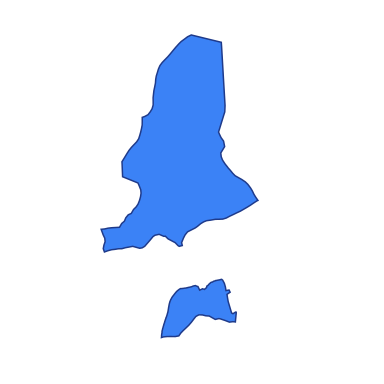 Al Mahabishah, Hajjah, Yemen (Mercator projection), rotated 237°
{"feature_id": "15242507B79718880947555", "entity_name": "Al Mahabishah", "entity_type": "district", "adm_level": 2, "iso_a3": "YEM", "parent_name": "Yemen", "parent_adm1": "Hajjah", "projection": "mercator", "projection_center": [43.424, 15.924], "detail": "fine", "context": "isolated", "style": "filled", "palette": "blue", "viewbox_px": 384, "rotation_deg": 237, "n_neighbors": 0, "source": "geoboundaries", "source_scale": "gbopen_adm2", "svg_char_len": 4406}
<svg xmlns="http://www.w3.org/2000/svg" viewBox="0 0 384 384"><g transform="rotate(237 192 192)"><path d="M149.0,242.7L149.4,242.7L153.0,242.6L156.5,242.7L160.0,243.2L163.5,243.3L168.0,243.0L171.5,242.2L175.5,240.5L178.9,238.7L182.2,237.0L185.7,236.3L189.6,235.9L192.7,235.4L193.3,235.4L197.7,235.0L200.3,235.0L202.1,235.0L205.6,235.7L209.1,237.4L209.2,237.7L212.3,244.1L217.5,246.2L221.9,246.0L225.6,246.5L227.8,246.9L239.6,261.0L241.3,263.1L246.5,266.8L266.4,278.1L298.0,296.1L301.6,298.1L324.1,276.9L324.6,272.8L324.3,268.6L324.1,264.9L323.4,261.6L322.2,257.1L320.9,252.9L319.6,248.8L318.6,245.4L317.7,241.3L316.8,237.5L315.5,234.0L313.4,230.8L311.1,228.1L308.7,225.2L306.1,222.8L303.3,220.7L300.6,218.1L297.7,215.2L294.9,212.9L292.2,210.7L289.0,208.7L286.1,206.8L283.5,203.8L282.0,200.7L280.8,197.3L280.8,197.0L281.1,193.4L281.7,190.9L281.3,190.7L280.3,190.0L278.4,188.8L275.3,186.7L272.6,184.1L270.2,181.6L267.9,179.0L265.7,176.3L264.2,172.9L263.3,169.1L262.4,165.4L261.2,161.8L259.6,158.3L258.1,155.2L255.5,149.7L254.2,149.0L242.6,142.1L229.0,151.6L225.4,151.0L225.1,150.9L223.1,150.5L221.7,150.2L218.7,148.6L216.0,146.2L214.5,144.5L213.3,143.1L211.2,140.1L209.9,137.0L209.2,133.5L207.1,129.4L207.6,126.1L206.4,122.4L204.4,119.5L204.2,118.5L203.9,115.9L201.9,112.0L205.7,105.3L207.4,101.9L208.6,98.6L210.2,95.5L204.6,94.2L202.5,93.9L200.8,93.7L197.7,92.1L195.4,89.2L192.8,86.7L189.4,85.9L188.6,89.3L187.5,92.8L187.2,93.5L185.9,96.1L184.5,99.3L182.6,102.4L181.9,104.7L181.6,105.7L180.1,109.3L178.7,112.7L176.0,115.1L175.2,115.8L173.3,117.5L172.3,119.8L172.2,122.8L174.2,129.7L174.3,130.1L175.3,133.3L175.8,134.8L175.9,137.4L174.4,141.4L170.2,144.2L169.4,145.6L167.9,145.9L165.7,146.4L158.7,150.3L155.6,150.9L154.6,151.1L153.4,151.7L152.4,154.7L155.2,155.7L158.1,159.9L159.8,162.9L160.9,166.2L161.0,166.7L160.4,172.3L160.1,175.0L160.2,177.8L160.7,182.0L160.6,185.5L160.1,188.1L160.0,188.6L158.2,192.4L156.4,196.7L154.5,199.7L152.5,203.1L151.5,206.6L151.2,210.2L150.6,214.5L150.2,217.9L149.6,222.0L149.4,225.8L149.2,229.9L149.1,233.7L149.2,237.7L149.2,241.6L149.0,242.7ZM59.4,157.6L66.7,163.4L67.2,163.6L67.6,163.1L67.6,160.1L69.0,159.3L80.5,162.7L84.0,164.2L87.1,165.6L87.2,169.4L89.6,169.7L90.8,166.8L94.2,168.3L97.8,169.4L101.3,169.7L102.6,169.3L102.7,169.0L102.9,168.5L103.1,168.1L103.1,167.6L103.5,166.9L103.6,166.5L103.8,166.1L104.0,165.6L104.2,165.1L104.4,164.6L104.5,164.2L104.8,163.9L104.8,163.6L104.9,163.1L105.0,162.6L105.2,162.0L105.4,161.4L105.3,160.2L105.8,159.0L105.8,158.3L105.8,157.9L105.6,157.6L105.6,156.8L105.5,156.3L105.4,155.9L105.2,155.2L105.0,154.7L105.0,153.2L103.9,152.1L103.8,151.5L103.8,150.9L103.5,149.4L104.2,149.0L104.4,148.7L104.8,148.2L105.1,148.1L105.5,145.0L109.5,145.5L110.5,144.6L110.9,144.3L111.3,144.2L111.6,144.0L111.8,143.5L112.1,142.9L112.2,142.5L112.4,142.0L112.6,141.4L112.6,141.0L112.7,140.5L112.8,140.0L113.1,139.2L113.3,138.6L113.4,138.3L113.7,137.6L113.8,137.2L114.1,136.7L114.2,136.1L114.5,135.4L114.7,134.8L115.0,134.1L115.3,133.6L115.6,132.9L115.9,132.2L116.3,131.4L116.8,130.5L117.0,130.0L117.3,129.7L117.3,129.3L117.3,128.7L117.3,128.2L117.3,127.8L117.2,127.2L117.2,126.6L117.1,125.9L117.0,125.2L116.8,124.3L116.6,123.9L116.5,123.4L116.1,122.2L115.9,121.6L115.6,120.8L115.3,119.9L115.0,119.0L114.8,118.4L114.6,118.1L114.4,117.6L114.2,117.2L114.0,116.9L113.7,116.3L113.5,116.0L113.3,115.5L112.9,115.0L112.6,114.5L112.3,114.2L112.2,113.9L111.9,113.6L111.7,113.3L111.3,112.9L110.7,112.2L110.4,111.9L109.8,111.3L109.5,111.1L109.2,110.7L108.9,110.5L108.2,109.8L107.7,109.3L107.3,109.0L106.6,108.3L106.3,108.1L106.0,107.8L105.5,107.4L105.1,106.9L104.5,106.5L104.2,106.1L103.9,105.7L103.2,104.9L102.8,104.5L102.6,104.2L102.1,103.7L101.7,103.1L101.0,102.3L100.8,101.8L100.3,101.3L99.9,100.8L99.4,100.1L98.8,99.4L98.5,99.0L98.2,98.6L97.6,98.0L97.3,97.7L97.1,97.3L96.7,96.9L96.5,96.6L96.3,96.3L96.0,96.0L95.6,95.6L95.3,95.2L94.7,94.5L94.2,94.0L93.8,93.5L93.6,93.2L93.3,92.9L92.9,92.5L92.5,92.1L92.0,91.5L91.5,91.0L90.9,90.6L90.2,90.1L89.8,89.7L89.4,89.3L88.9,88.9L88.4,88.4L87.9,88.2L87.4,87.8L87.1,87.5L86.6,87.1L86.0,89.2L84.4,92.3L82.5,95.3L79.9,99.2L78.5,102.6L79.8,105.8L80.6,109.2L81.3,113.1L82.0,116.7L83.1,120.5L84.3,123.9L84.4,124.1L85.5,127.4L85.4,129.1L85.2,130.9L83.3,133.7L80.7,136.1L78.6,138.9L72.5,142.1L71.3,145.4L70.5,146.4L66.2,149.8L62.5,152.5L61.0,155.6L59.6,157.4L59.4,157.6Z" fill="#3b82f6" stroke="#1e3a8a" stroke-width="1.5"/></g></svg>